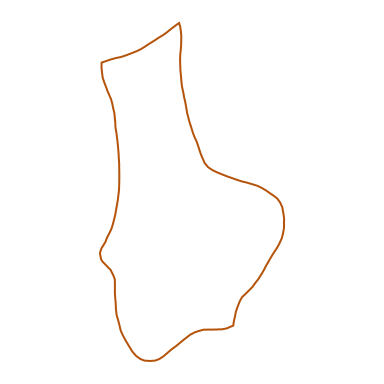 Sayun, Hadramawt, Yemen (Mercator projection)
{"feature_id": "15242507B12607527739382", "entity_name": "Sayun", "entity_type": "district", "adm_level": 2, "iso_a3": "YEM", "parent_name": "Yemen", "parent_adm1": "Hadramawt", "projection": "mercator", "projection_center": [48.811, 16.015], "detail": "fine", "context": "isolated", "style": "outline", "palette": "amber", "viewbox_px": 384, "rotation_deg": 0, "n_neighbors": 0, "source": "geoboundaries", "source_scale": "gbopen_adm2", "svg_char_len": 3124}
<svg xmlns="http://www.w3.org/2000/svg" viewBox="0 0 384 384"><path d="M101.6,62.6L101.5,67.9L101.6,68.7L102.0,72.3L102.7,77.8L103.4,79.8L104.3,82.4L105.1,84.6L105.9,86.6L106.2,87.3L107.4,90.8L109.3,95.2L111.1,99.3L112.4,104.2L113.2,108.4L113.8,110.7L114.3,112.8L114.8,117.5L114.8,118.1L115.3,122.8L115.4,126.1L115.5,127.6L116.4,132.7L116.8,136.1L117.0,137.8L117.3,139.8L117.7,143.4L118.2,148.9L118.5,152.8L118.6,153.6L118.8,158.1L119.1,162.6L119.2,164.2L119.2,168.6L119.3,172.3L119.3,173.9L119.3,179.7L119.2,184.3L119.0,190.1L118.4,195.1L117.7,200.8L116.5,207.4L115.3,214.5L113.7,220.9L113.6,221.5L112.6,225.1L111.3,229.2L109.3,233.3L107.1,237.4L105.3,242.2L101.4,248.4L99.9,253.1L100.7,257.3L101.0,258.9L101.6,260.3L102.5,261.6L104.0,263.1L104.6,263.7L104.8,263.9L107.7,267.0L110.6,269.9L113.2,275.1L114.8,279.2L114.9,283.5L114.9,288.4L114.9,293.2L115.2,297.7L115.7,303.5L115.9,308.1L115.9,309.1L116.1,310.4L116.6,315.0L117.4,317.6L117.9,319.3L119.4,324.9L120.0,327.8L120.7,330.4L121.2,331.7L122.6,334.8L124.0,337.5L125.4,340.1L128.7,345.6L132.3,351.5L136.1,355.9L138.9,357.9L140.2,358.9L141.9,359.6L144.4,360.6L147.6,360.8L149.6,361.0L155.1,360.6L159.4,359.0L163.3,356.4L163.7,356.1L167.0,353.3L169.7,350.9L171.4,349.5L173.7,347.8L175.8,346.3L178.7,343.9L179.8,343.0L183.1,340.2L186.6,337.5L190.2,334.7L193.2,333.2L194.7,332.3L195.4,332.1L198.8,331.0L203.5,329.7L204.7,329.7L208.4,329.6L211.5,329.6L212.7,329.6L215.5,329.5L217.1,329.5L217.9,329.4L222.0,329.3L226.7,328.4L230.4,326.8L233.3,325.6L233.6,323.0L234.0,320.6L235.0,316.4L235.6,313.0L235.8,311.9L237.0,308.6L237.8,306.2L239.8,301.2L242.0,297.2L245.5,293.9L248.9,290.5L251.3,288.1L252.4,287.0L252.6,286.7L255.4,282.8L258.1,279.4L258.5,278.8L261.7,273.8L264.2,269.5L265.1,267.6L266.3,265.3L268.6,261.4L268.9,260.8L271.8,255.9L274.3,251.9L275.5,250.2L277.0,247.9L279.3,243.7L281.1,239.7L281.6,238.8L282.9,234.0L283.5,230.7L283.9,228.7L284.0,225.6L284.0,223.4L284.1,218.6L283.3,212.8L282.5,208.5L282.2,207.0L280.2,202.7L280.0,202.3L278.8,200.7L277.3,198.6L273.8,195.8L271.8,194.5L269.9,193.2L266.1,190.5L261.7,187.9L259.4,186.8L257.7,185.9L252.5,184.3L248.8,183.2L246.9,182.6L241.8,181.4L236.9,179.8L231.2,177.8L230.1,177.4L226.6,176.2L221.1,174.0L216.5,172.1L214.7,171.2L212.2,170.0L208.0,167.1L206.7,165.5L204.7,163.1L203.2,159.7L202.8,158.7L202.3,157.7L200.9,154.3L199.4,149.9L197.9,145.1L196.9,142.4L196.3,140.8L195.8,139.8L194.2,136.3L192.6,131.9L191.5,128.2L191.2,127.2L190.6,125.4L189.6,122.3L188.7,119.1L188.4,117.7L187.1,112.9L187.0,112.3L186.1,106.6L185.3,102.4L184.0,96.6L183.4,93.0L183.0,91.3L181.9,86.0L181.4,81.3L181.0,76.3L180.5,71.3L180.4,69.6L180.3,66.3L180.2,64.5L180.1,60.8L180.1,58.6L180.2,56.0L180.3,54.2L180.7,50.4L181.1,46.0L181.2,41.3L181.3,37.0L181.3,36.2L181.3,35.9L180.9,31.6L180.3,27.1L179.1,23.0L176.1,25.1L174.0,26.7L171.9,28.3L170.1,29.7L166.7,32.5L162.9,35.2L158.5,37.8L154.7,40.4L149.7,43.5L146.8,45.4L145.3,46.4L140.6,49.3L136.4,51.3L135.4,51.7L134.3,52.1L130.9,53.5L128.2,54.5L126.7,55.1L120.7,57.1L118.5,57.5L115.6,58.1L110.0,59.7L107.7,60.5L105.8,61.2L102.5,62.3L101.6,62.6Z" fill="none" stroke="#b45309" stroke-width="2"/></svg>